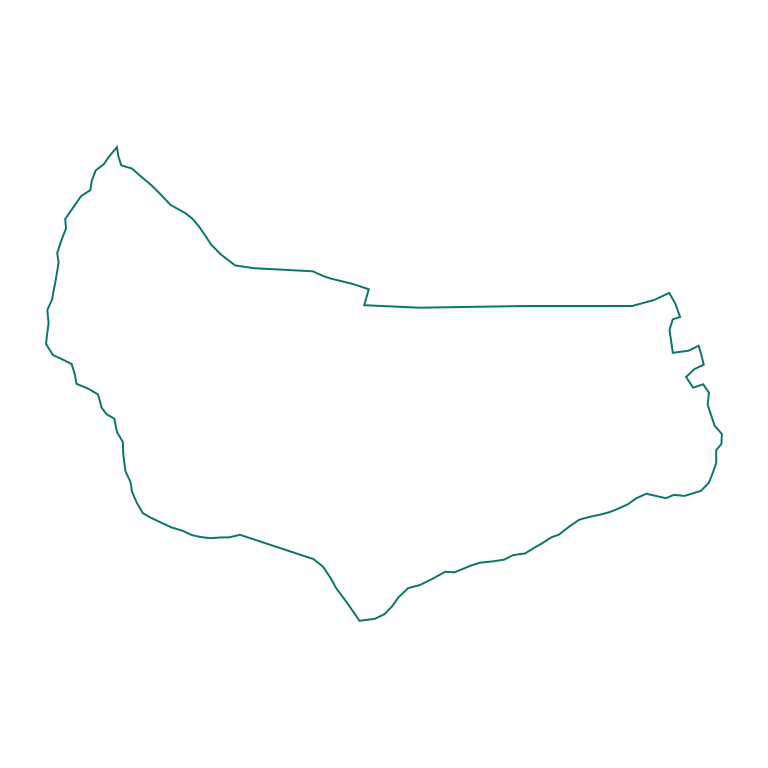 Cruzeiro do Sul, Paraná, Brazil
{"feature_id": "56859067B8108484370464", "entity_name": "Cruzeiro do Sul", "entity_type": "district", "adm_level": 2, "iso_a3": "BRA", "parent_name": "Brazil", "parent_adm1": "Paraná", "projection": "mercator", "projection_center": [-52.164, -22.981], "detail": "fine", "context": "isolated", "style": "outline", "palette": "teal", "viewbox_px": 768, "rotation_deg": 0, "n_neighbors": 0, "source": "geoboundaries", "source_scale": "gbopen_adm2", "svg_char_len": 1782}
<svg xmlns="http://www.w3.org/2000/svg" viewBox="0 0 768 768"><path d="M142.8,513.1L150.1,517.4L163.6,523.8L172.0,527.6L182.7,530.8L191.9,535.1L200.5,537.0L210.3,538.2L221.5,537.4L229.0,537.4L239.9,534.8L313.5,559.1L322.9,566.5L330.6,578.0L335.9,587.8L347.3,603.1L359.5,620.8L374.8,618.8L384.6,614.1L392.2,606.2L398.4,597.4L408.2,588.1L419.9,585.0L432.1,579.0L445.1,571.8L454.5,572.3L470.8,565.6L479.8,562.7L493.6,561.3L504.2,559.6L513.1,555.1L525.2,553.4L534.6,547.5L542.4,543.1L551.2,537.4L559.0,534.6L569.1,526.7L579.2,519.7L590.3,516.7L599.5,514.8L609.0,512.3L616.3,509.5L628.0,504.2L635.8,498.5L646.4,493.7L655.7,495.9L665.9,498.2L673.9,494.9L684.5,495.9L700.9,490.9L708.9,482.7L713.1,472.0L716.2,462.9L716.2,450.0L721.4,444.1L721.9,434.0L714.6,425.7L707.7,404.9L708.9,392.7L703.2,384.3L693.1,387.7L686.1,377.0L694.4,369.1L703.7,364.7L701.2,354.2L698.6,345.7L688.7,350.7L672.8,352.8L671.1,340.9L669.5,329.9L672.8,319.3L680.1,317.0L675.2,303.4L669.2,292.9L654.1,300.0L632.1,306.0L591.8,306.0L568.6,306.0L525.2,306.0L419.5,307.7L364.2,305.2L368.8,289.3L352.8,284.0L331.3,278.7L323.4,276.1L312.7,271.3L253.8,268.2L235.2,265.4L221.2,254.8L211.1,244.6L205.1,235.3L199.4,227.1L192.4,218.7L185.6,213.3L170.5,204.9L159.9,193.6L151.7,185.5L139.2,175.0L131.9,168.5L121.3,165.4L118.4,156.4L116.9,147.2L109.4,156.1L103.7,164.3L95.6,170.5L91.7,181.2L90.4,190.1L81.1,196.1L72.5,208.5L65.2,219.0L66.0,228.5L61.6,239.8L57.2,253.1L58.6,262.3L57.0,272.5L55.1,283.5L53.4,291.6L52.1,299.5L47.3,310.0L48.6,323.2L46.9,335.6L46.1,344.0L52.9,355.0L63.2,359.8L71.6,364.0L74.9,374.5L76.5,383.8L88.0,388.6L98.0,394.4L101.8,408.0L106.6,414.2L114.3,418.7L116.9,431.9L122.9,442.1L123.2,453.4L125.4,471.1L130.6,482.2L131.9,491.4L136.7,502.6L142.8,513.1Z" fill="none" stroke="#0f766e" stroke-width="2"/></svg>